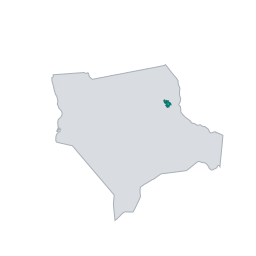 Soy, Rift Valley, Kenya shown in context, rotated 140°
{"feature_id": "3690345B57881492347127", "entity_name": "Soy", "entity_type": "district", "adm_level": 2, "iso_a3": "KEN", "parent_name": "Kenya", "parent_adm1": "Rift Valley", "projection": "orthographic", "projection_center": [35.247, 0.733], "detail": "fine", "context": "in_parent", "style": "filled", "palette": "teal", "viewbox_px": 256, "rotation_deg": 140, "n_neighbors": 0, "source": "geoboundaries", "source_scale": "gbopen_adm2", "svg_char_len": 4056}
<svg xmlns="http://www.w3.org/2000/svg" viewBox="0 0 256 256"><g transform="rotate(140 128 128)"><path d="M58.6,152.5L58.6,149.5L59.0,142.0L58.9,135.3L59.3,132.0L61.0,129.9L61.7,128.3L62.3,126.2L63.1,124.5L65.1,123.0L65.4,122.3L67.5,119.9L68.7,116.8L69.7,115.8L70.8,114.8L71.6,114.3L73.0,113.8L74.1,113.5L74.3,113.3L74.3,112.8L74.0,110.9L74.4,110.3L75.2,109.0L76.0,107.8L76.7,107.1L77.2,106.3L77.4,105.0L77.4,104.1L77.4,102.5L77.1,99.0L76.3,96.1L75.7,92.8L76.1,91.7L75.4,89.8L75.1,89.7L74.5,89.3L73.8,87.5L73.3,85.8L72.9,85.4L70.6,84.0L69.5,80.6L68.2,79.8L67.4,76.4L67.3,75.4L68.1,72.1L68.0,71.3L67.2,70.6L65.0,69.9L63.2,68.5L63.5,68.0L63.6,67.5L62.7,67.1L60.0,61.4L63.5,57.9L67.0,54.4L71.5,50.0L75.7,45.9L79.3,42.4L82.5,39.2L82.4,39.8L82.4,40.6L82.8,41.1L83.4,41.4L84.4,41.1L85.2,40.6L85.9,40.5L90.7,41.8L91.5,42.9L91.5,44.2L91.7,45.1L91.3,45.9L90.9,48.6L91.1,51.1L92.5,53.0L93.8,54.4L94.8,56.4L95.6,57.1L96.6,57.4L99.9,57.5L104.8,57.6L109.5,57.7L110.0,57.8L111.0,58.0L115.3,60.8L119.3,63.3L122.6,65.4L125.9,67.6L129.1,69.6L131.5,71.3L134.0,71.8L137.9,72.1L140.6,72.2L143.1,72.9L146.9,73.5L149.7,73.9L151.4,74.3L156.0,74.7L156.8,74.4L158.9,72.5L161.2,69.5L162.1,67.8L165.0,66.1L170.3,63.7L173.9,62.1L178.0,60.4L179.9,61.8L182.5,64.1L183.6,65.3L184.6,65.8L186.0,66.1L187.7,66.1L188.6,66.1L190.5,65.8L194.9,65.5L197.4,65.5L195.3,68.6L192.8,72.3L188.1,79.1L184.6,82.6L181.9,85.3L181.6,85.8L181.7,88.8L181.7,96.2L181.8,110.9L181.9,125.6L182.0,140.3L182.0,147.7L182.0,150.2L184.4,153.2L186.7,156.3L189.7,160.2L191.4,162.4L191.7,163.1L191.6,164.5L189.0,167.5L187.0,168.9L184.2,169.5L183.3,169.4L182.2,169.0L181.8,169.7L181.5,170.8L180.9,170.6L180.4,170.3L180.7,172.3L180.9,173.2L180.5,174.6L179.2,175.7L179.0,176.7L176.1,179.3L171.9,179.6L169.7,180.8L168.8,181.9L168.0,184.2L168.2,187.6L167.1,190.3L166.9,191.7L164.7,193.4L163.7,195.0L163.0,196.6L162.4,197.4L161.7,201.0L160.6,203.2L160.4,204.0L160.1,204.6L159.3,205.9L158.8,206.8L158.5,207.4L155.9,213.1L153.9,215.6L152.3,215.3L151.3,216.3L151.2,216.8L150.6,216.5L149.4,215.6L146.7,213.7L144.0,211.7L141.4,209.8L138.7,207.9L136.1,206.0L133.4,204.1L130.7,202.1L128.1,200.2L126.5,199.1L125.8,198.4L125.3,197.1L125.0,196.8L124.3,196.3L123.5,196.3L123.2,196.0L123.2,195.4L123.5,194.4L124.5,192.7L124.6,191.6L124.4,190.5L124.1,188.6L123.9,188.1L122.1,187.1L118.4,185.1L114.7,183.0L111.0,180.9L107.2,178.9L103.5,176.8L99.8,174.7L96.1,172.6L92.4,170.6L88.7,168.5L84.9,166.4L81.2,164.3L77.5,162.3L73.8,160.2L70.1,158.1L66.3,156.0L62.6,154.0L61.2,153.2L60.0,152.5L58.6,152.5ZM182.2,172.6L181.6,172.8L181.9,171.8L183.8,170.5L184.6,170.8L184.7,171.1L184.7,171.3L184.3,171.6L182.2,172.6Z" fill="#d9dde1" stroke="#a8b0b8" stroke-width="1"/><path d="M79.8,119.4L79.8,119.5L79.8,120.1L80.0,120.7L80.3,120.5L80.3,122.1L80.5,122.1L80.5,122.8L80.5,123.1L80.5,123.3L80.4,123.3L80.5,123.4L80.8,123.2L80.9,123.3L80.9,123.2L81.0,123.2L81.0,123.3L81.1,123.2L81.1,123.3L81.3,123.3L81.3,123.2L81.4,123.3L81.5,123.2L81.5,123.3L81.6,123.2L81.6,123.3L81.8,123.3L81.8,123.2L82.0,123.2L82.3,123.1L82.4,123.3L82.5,123.3L82.6,123.5L82.7,123.9L82.4,123.9L82.3,124.0L82.4,124.3L82.4,124.5L82.4,124.8L82.5,125.0L82.6,125.3L82.5,125.6L82.4,125.6L82.2,125.6L82.2,125.4L82.1,125.6L82.1,125.8L82.3,125.9L82.6,125.9L82.7,125.7L82.8,125.4L82.7,125.1L83.0,125.0L82.9,124.8L83.3,124.7L83.2,124.7L83.3,124.5L83.3,124.4L83.3,124.2L83.5,123.9L83.5,123.7L83.5,123.4L83.4,123.3L83.2,123.3L83.1,123.2L83.2,122.9L83.1,122.7L83.0,122.2L83.1,121.8L83.0,121.7L82.9,121.6L82.9,121.4L83.0,121.4L83.2,121.0L83.3,120.9L83.4,121.0L83.8,120.9L84.0,120.9L83.8,120.5L84.0,120.5L84.0,120.3L84.0,120.1L83.6,120.1L83.6,119.9L83.9,119.7L83.9,119.4L84.0,119.4L84.2,119.0L84.3,119.1L84.3,118.9L84.4,118.7L84.1,118.5L83.9,118.7L83.9,118.9L83.6,118.8L83.5,118.7L83.5,118.8L83.1,119.4L82.9,119.2L82.7,118.9L82.5,118.7L82.3,118.7L82.2,118.6L81.9,118.7L81.9,118.8L81.7,118.9L81.4,118.9L81.2,118.9L80.9,118.9L80.7,118.9L80.5,119.0L80.4,118.9L80.4,119.0L80.3,118.9L80.2,118.9L80.0,119.0L79.9,119.1L79.8,119.3L79.8,119.4Z" fill="#14b8a6" stroke="#0f766e" stroke-width="1.5"/></g></svg>